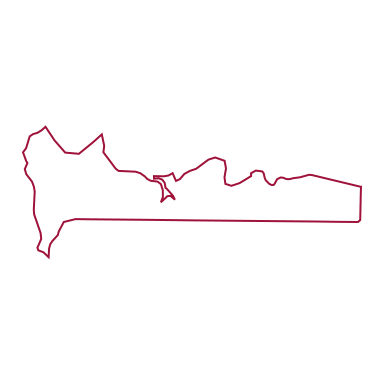 the border of West Coast
{"feature_id": "GMB-5512", "entity_name": "West Coast", "entity_type": "Division", "adm_level": 1, "iso_a3": "GMB", "parent_name": "Gambia", "parent_adm1": "", "projection": "robinson", "projection_center": [-16.401, 13.235], "detail": "fine", "context": "isolated", "style": "outline", "palette": "rose", "viewbox_px": 384, "rotation_deg": 0, "n_neighbors": 0, "source": "natural_earth", "source_scale": "10m", "svg_char_len": 1424}
<svg xmlns="http://www.w3.org/2000/svg" viewBox="0 0 384 384"><path d="M361.0,186.8L360.8,192.8L360.2,220.1L358.0,222.0L345.4,221.9L336.4,221.8L314.8,221.5L271.0,221.1L196.6,220.4L145.5,219.8L90.1,219.3L75.5,219.1L63.8,222.0L58.8,231.4L57.8,235.1L52.4,241.0L50.3,244.1L49.1,248.4L48.6,257.2L43.5,252.3L38.3,250.3L37.4,247.6L38.9,244.4L41.2,238.9L40.6,233.1L34.1,214.2L33.8,209.6L34.7,191.6L33.9,186.7L32.0,181.6L26.3,174.2L24.8,169.1L27.4,163.0L26.2,161.0L23.0,152.3L26.1,148.2L29.7,136.4L33.2,134.0L37.3,132.9L41.7,130.2L45.5,126.8L54.6,140.5L65.2,152.6L78.9,153.8L93.7,141.7L101.8,134.4L104.2,145.8L103.4,152.3L115.7,168.7L118.5,170.9L135.5,171.7L140.3,173.2L144.7,176.3L147.3,179.0L150.8,180.8L157.6,181.6L160.9,184.1L162.8,190.1L162.9,197.0L160.9,202.3L167.5,196.1L170.5,195.9L174.9,199.7L173.0,195.8L166.8,188.8L165.5,187.8L164.7,182.9L162.3,179.7L158.7,178.3L154.0,178.7L154.0,176.1L163.9,176.3L168.5,175.5L172.6,173.2L176.0,180.9L179.8,179.2L184.4,173.9L189.9,170.9L196.1,168.8L208.5,159.6L215.2,157.5L224.6,160.8L226.0,168.4L224.5,177.2L225.4,183.9L231.4,185.8L239.6,183.1L251.1,176.1L251.1,173.2L255.8,170.6L262.2,171.4L263.6,173.1L264.1,175.0L264.6,177.5L265.7,180.2L269.2,183.8L271.6,185.0L273.7,184.9L274.8,183.5L277.1,179.2L280.6,177.5L283.1,177.7L286.3,179.0L288.3,179.2L290.7,178.9L293.1,178.2L300.0,177.3L309.0,174.8L311.7,175.0L360.8,186.8L361.0,186.8Z" fill="none" stroke="#9f1239" stroke-width="2"/></svg>